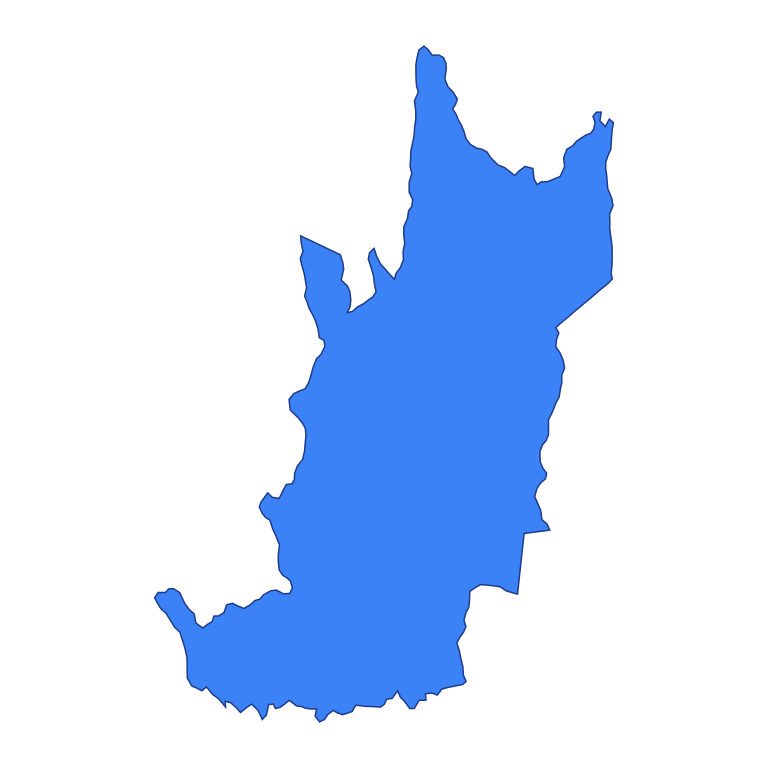 outline of Maiquinique, Bahia, Brazil
{"feature_id": "56859067B35970304488372", "entity_name": "Maiquinique", "entity_type": "district", "adm_level": 2, "iso_a3": "BRA", "parent_name": "Brazil", "parent_adm1": "Bahia", "projection": "equal_earth", "projection_center": [-40.278, -15.65], "detail": "fine", "context": "isolated", "style": "filled", "palette": "blue", "viewbox_px": 768, "rotation_deg": 0, "n_neighbors": 0, "source": "geoboundaries", "source_scale": "gbopen_adm2", "svg_char_len": 4255}
<svg xmlns="http://www.w3.org/2000/svg" viewBox="0 0 768 768"><path d="M609.3,119.1L605.4,126.5L599.9,120.8L601.2,112.1L596.2,112.2L593.0,116.4L595.1,122.5L593.7,129.2L590.9,133.2L586.0,135.0L581.2,138.1L576.7,141.1L572.6,145.9L566.8,149.3L563.7,157.9L564.6,166.4L562.4,171.8L560.1,176.5L555.0,178.6L547.9,181.6L541.1,181.9L537.1,184.6L534.1,179.2L532.8,168.5L525.1,166.4L518.7,171.2L514.8,175.5L510.8,172.4L504.7,167.7L497.9,164.9L490.6,157.6L487.0,152.0L482.4,149.4L476.5,148.1L470.4,144.5L466.1,138.9L463.9,131.3L461.6,125.6L458.4,120.1L456.4,114.9L452.6,108.8L455.5,104.5L457.3,99.0L453.0,92.0L448.0,86.8L444.8,79.2L446.2,69.5L446.0,63.4L443.5,57.6L439.0,55.1L432.1,55.2L428.3,49.8L424.0,46.1L419.0,50.0L417.2,57.0L415.9,64.6L416.0,78.0L416.5,85.6L418.3,92.3L414.4,100.8L415.8,111.5L415.8,119.2L414.7,126.7L414.0,136.2L412.2,144.8L410.8,151.5L410.6,158.8L410.1,166.1L411.8,173.4L409.2,181.9L409.1,192.0L412.7,199.6L411.8,206.6L408.6,210.6L407.4,218.7L403.8,226.7L403.8,235.0L404.7,243.5L403.1,251.1L403.4,259.7L400.4,267.5L396.1,273.3L394.5,279.4L390.2,274.9L384.8,268.7L380.7,264.2L376.8,256.9L374.1,248.4L369.6,252.7L368.3,259.0L370.7,266.3L373.5,275.8L374.5,284.4L376.1,291.8L372.6,297.1L368.4,299.9L363.5,303.8L357.4,306.9L352.6,311.4L347.3,312.6L350.1,306.6L350.8,299.6L349.9,291.6L347.3,285.8L341.2,280.1L343.7,269.1L342.8,262.6L340.4,254.8L300.7,235.9L301.2,242.6L303.0,251.4L300.3,258.5L302.0,266.0L304.3,273.9L306.6,287.7L304.6,296.1L307.3,302.5L309.1,308.3L313.0,315.3L315.7,321.5L317.9,328.2L319.3,337.7L324.0,340.4L324.9,346.4L320.9,354.6L316.5,358.6L313.0,367.7L310.7,376.2L308.6,382.8L305.1,388.8L298.0,391.6L293.7,393.7L289.0,399.5L290.3,410.1L298.4,418.0L302.8,423.6L305.2,428.1L306.0,434.9L305.2,443.1L304.6,450.9L302.6,459.4L297.3,466.1L294.6,473.4L294.4,479.3L291.9,483.9L286.3,484.5L283.3,489.9L279.2,498.4L272.2,497.3L267.7,492.9L261.3,501.6L259.3,506.9L262.2,513.3L265.6,517.4L270.0,520.3L272.7,528.9L275.9,535.9L279.5,545.0L278.3,554.3L278.3,561.7L279.2,570.0L282.7,575.3L286.6,577.6L290.3,581.0L292.4,587.7L289.9,593.4L283.3,593.8L276.5,590.1L270.8,590.8L263.6,594.7L259.8,599.2L255.0,600.5L249.8,605.1L243.8,608.4L237.6,605.9L232.5,603.3L226.7,604.8L224.0,612.6L218.5,616.0L214.0,616.0L212.0,621.8L207.5,624.3L202.7,628.0L195.9,623.0L194.1,613.8L189.6,609.9L185.0,603.9L181.8,597.1L179.6,592.5L173.5,588.7L168.7,588.9L165.5,592.5L158.2,592.5L154.6,597.7L157.6,603.3L161.1,609.0L166.0,613.2L174.6,627.2L179.9,632.2L184.8,647.6L187.0,657.5L187.3,678.1L191.8,686.0L197.0,688.2L201.8,690.8L206.4,686.9L212.7,694.5L218.8,698.9L225.6,707.1L225.2,701.3L230.8,702.8L236.9,708.3L240.5,712.5L247.1,707.1L251.6,704.2L258.0,710.2L262.3,719.5L266.4,715.0L268.6,704.6L273.2,704.0L275.6,708.6L280.1,707.3L284.2,704.4L289.2,700.3L296.6,705.9L301.2,706.5L306.0,708.3L310.7,708.9L316.6,708.9L315.1,716.2L319.6,721.9L324.5,719.5L328.0,714.3L333.4,710.4L337.2,712.8L342.6,714.7L352.0,711.6L355.8,705.2L366.2,706.4L371.9,706.5L380.7,707.1L384.3,704.2L386.8,699.1L392.0,698.5L397.7,690.8L400.4,697.2L404.2,701.0L409.9,708.6L414.2,708.5L419.2,700.3L426.0,700.1L425.5,693.7L432.1,693.0L437.3,695.1L441.8,689.1L448.4,687.3L462.7,684.5L466.1,681.5L463.4,675.1L462.9,666.9L460.7,657.7L459.1,649.8L456.8,643.1L459.8,637.3L463.6,632.1L465.9,626.6L464.0,620.2L465.9,612.6L468.8,607.4L469.5,600.8L469.8,591.4L474.2,588.3L480.6,584.6L486.7,585.0L493.5,585.8L500.3,586.8L505.8,590.7L511.9,592.6L517.5,594.1L524.1,533.5L549.7,530.1L547.0,524.0L541.8,519.5L540.8,510.9L538.1,504.3L534.7,496.6L536.8,488.8L540.6,482.9L545.6,478.7L546.6,473.1L543.1,468.6L540.2,461.9L539.9,451.5L542.7,444.5L546.0,440.8L548.5,434.8L548.5,427.4L548.5,419.8L551.7,413.4L553.8,408.6L555.8,403.2L559.2,396.8L560.5,388.5L561.8,382.8L561.7,375.1L564.6,368.1L563.3,360.7L560.2,353.2L555.8,346.7L556.6,339.1L558.8,333.0L555.8,327.6L560.5,323.3L565.3,319.4L571.0,314.5L577.3,309.1L583.7,303.8L590.0,298.6L595.9,293.5L600.9,289.2L605.2,285.8L608.8,282.7L612.3,278.9L611.1,273.0L612.0,265.5L612.2,254.1L612.0,245.5L610.7,235.9L609.8,228.8L609.8,221.6L609.6,214.0L613.0,205.8L611.9,199.0L609.8,193.4L607.7,188.7L607.3,182.9L606.6,174.6L605.7,168.5L605.7,162.2L608.2,155.1L610.9,149.0L611.4,139.3L612.1,130.4L613.4,122.8L609.3,119.1Z" fill="#3b82f6" stroke="#1e3a8a" stroke-width="1.5"/></svg>